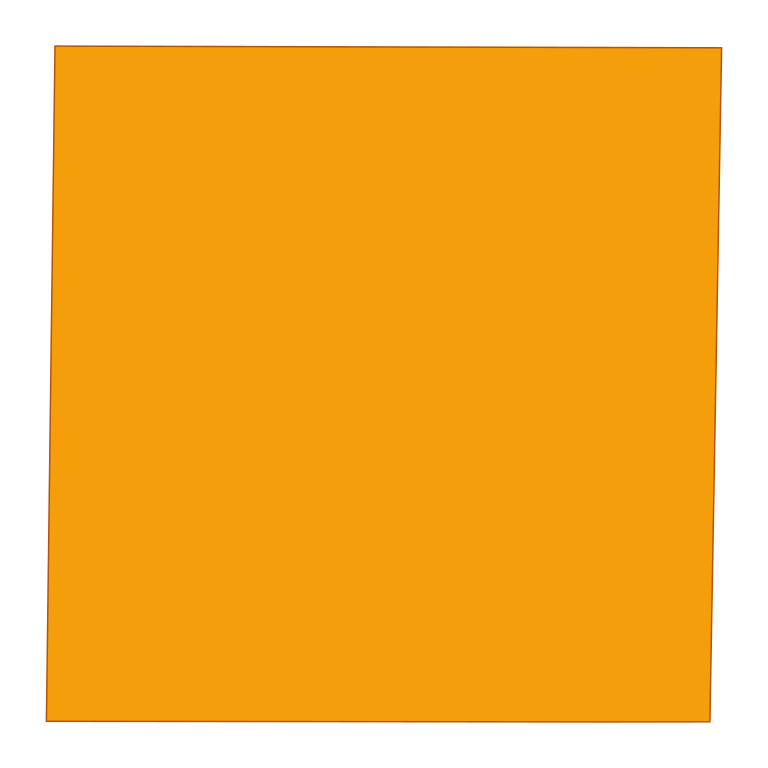 Howard, Texas, United States of America (Robinson projection)
{"feature_id": "52423323B44641171264537", "entity_name": "Howard", "entity_type": "district", "adm_level": 2, "iso_a3": "USA", "parent_name": "United States of America", "parent_adm1": "Texas", "projection": "robinson", "projection_center": [-101.45, 32.306], "detail": "fine", "context": "isolated", "style": "filled", "palette": "amber", "viewbox_px": 768, "rotation_deg": 0, "n_neighbors": 0, "source": "geoboundaries", "source_scale": "gbopen_adm2", "svg_char_len": 199}
<svg xmlns="http://www.w3.org/2000/svg" viewBox="0 0 768 768"><path d="M46.4,721.3L605.8,721.9L709.9,721.8L721.6,47.8L55.0,46.1L46.4,721.3Z" fill="#f59e0b" stroke="#b45309" stroke-width="1.5"/></svg>